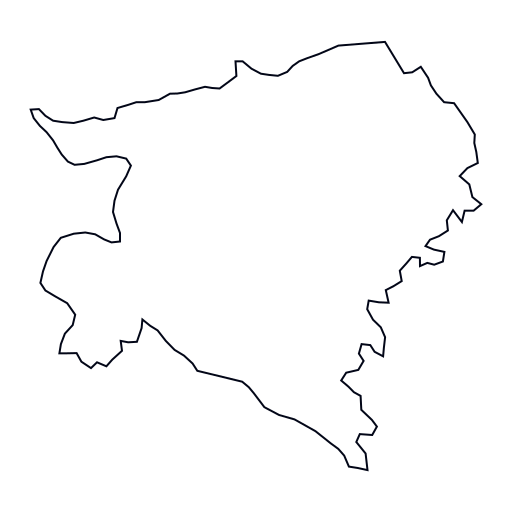 the district of Iraceminha, Santa Catarina, Brazil
{"feature_id": "56859067B41079605660592", "entity_name": "Iraceminha", "entity_type": "district", "adm_level": 2, "iso_a3": "BRA", "parent_name": "Brazil", "parent_adm1": "Santa Catarina", "projection": "robinson", "projection_center": [-53.33, -26.856], "detail": "fine", "context": "isolated", "style": "outline", "palette": "ink", "viewbox_px": 512, "rotation_deg": 0, "n_neighbors": 0, "source": "geoboundaries", "source_scale": "gbopen_adm2", "svg_char_len": 2173}
<svg xmlns="http://www.w3.org/2000/svg" viewBox="0 0 512 512"><path d="M365.6,453.5L356.3,442.0L359.8,434.1L372.2,435.0L376.9,426.6L371.9,419.9L361.3,409.8L360.6,395.9L353.9,392.2L348.5,386.7L341.2,380.5L346.2,372.7L358.3,369.9L363.6,360.9L358.9,353.6L361.6,344.1L370.3,345.1L374.6,351.8L383.1,356.3L383.9,347.6L385.1,337.2L380.8,327.3L373.0,319.7L367.2,309.2L368.7,300.6L378.9,302.3L388.6,302.7L385.8,290.1L393.6,286.1L401.7,281.1L399.8,270.7L406.4,263.4L411.9,256.9L419.9,257.8L420.0,266.1L427.3,262.9L434.2,264.7L442.9,261.5L444.4,251.9L433.9,249.6L425.5,246.1L430.0,239.7L438.9,236.2L447.9,230.5L446.8,220.3L453.0,210.2L461.9,222.0L464.6,210.7L473.6,210.7L481.3,204.2L472.4,197.1L469.3,184.4L459.7,176.1L467.4,168.1L477.8,163.0L476.3,152.0L474.3,143.0L474.8,134.5L467.4,122.1L454.1,103.2L444.1,102.2L436.4,93.7L430.9,85.4L428.1,77.8L420.8,66.8L412.2,72.3L404.0,73.2L385.0,41.9L338.4,45.6L318.7,54.1L307.4,58.1L299.2,61.3L292.7,65.9L287.2,71.9L277.9,75.8L268.9,74.9L260.9,73.7L251.5,68.7L242.6,61.3L235.5,61.3L236.4,76.0L219.6,88.5L212.2,88.0L205.0,86.8L195.1,89.4L185.1,92.3L177.4,93.5L170.0,93.7L158.7,100.0L144.8,102.2L136.3,102.2L128.4,104.8L117.5,108.0L114.5,118.1L103.3,120.0L94.2,117.5L83.4,120.7L73.7,123.0L62.2,122.1L53.1,120.7L45.4,115.8L38.9,109.1L30.7,109.6L33.7,118.1L39.9,125.9L46.6,132.2L53.1,140.4L57.3,147.6L61.7,154.5L67.9,161.6L74.6,164.8L84.3,163.9L97.0,160.3L106.4,157.2L116.5,156.3L126.2,158.6L130.9,165.6L126.2,176.3L118.0,189.7L114.5,200.7L113.0,212.0L116.5,223.5L120.0,233.0L120.0,241.5L111.5,242.4L104.1,239.4L95.2,234.3L85.3,232.5L73.8,233.7L60.8,237.8L53.6,247.0L46.6,261.0L43.0,271.4L40.4,282.9L45.4,290.5L55.1,296.3L67.2,303.2L75.2,314.7L72.7,325.1L64.9,333.6L60.9,344.1L59.4,353.3L67.2,353.3L76.6,353.1L81.4,361.7L91.0,368.1L97.0,362.3L106.4,366.3L112.3,359.6L122.0,350.8L120.7,340.9L128.2,342.3L136.9,341.8L141.6,328.1L142.4,319.5L150.2,325.8L157.6,330.4L165.8,340.9L174.6,349.9L184.0,355.6L192.6,363.5L197.3,370.8L242.2,381.7L248.8,387.2L253.8,393.2L264.4,407.2L279.1,415.0L294.5,419.4L315.5,431.2L330.8,443.4L338.3,448.9L344.2,455.6L348.9,466.6L357.8,468.0L367.5,470.1L365.6,453.5Z" fill="none" stroke="#020617" stroke-width="2"/></svg>